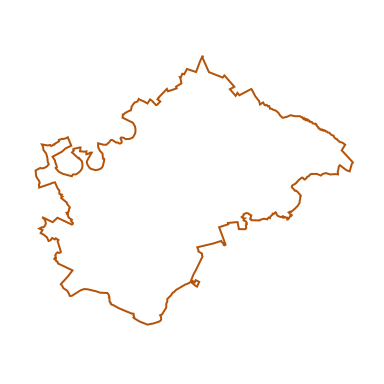 Satulung, Maramures, Romania (Natural Earth projection), rotated 5°
{"feature_id": "2599482B12544437302326", "entity_name": "Satulung", "entity_type": "district", "adm_level": 2, "iso_a3": "ROU", "parent_name": "Romania", "parent_adm1": "Maramures", "projection": "natural_earth1", "projection_center": [23.421, 47.561], "detail": "fine", "context": "isolated", "style": "outline", "palette": "amber", "viewbox_px": 384, "rotation_deg": 5, "n_neighbors": 0, "source": "geoboundaries", "source_scale": "gbopen_adm2", "svg_char_len": 5950}
<svg xmlns="http://www.w3.org/2000/svg" viewBox="0 0 384 384"><g transform="rotate(5 192 192)"><path d="M290.2,210.8L290.2,209.9L290.9,209.6L291.9,207.5L292.6,207.5L293.4,206.3L292.0,205.6L290.1,203.9L291.7,202.9L292.5,203.2L296.1,199.5L298.5,196.6L300.2,193.2L300.0,191.9L300.4,189.3L300.2,187.5L300.7,186.7L300.7,186.1L296.5,182.1L295.0,181.5L294.6,181.8L291.0,178.5L291.0,177.5L291.6,176.5L294.0,174.9L295.6,173.3L295.5,173.2L297.5,170.5L300.4,168.0L301.2,168.2L302.7,169.7L303.2,169.8L305.1,167.8L305.3,167.0L307.0,165.9L308.5,164.0L310.2,163.5L314.9,163.1L318.9,164.4L320.7,162.6L323.8,161.5L328.2,162.5L333.2,161.7L336.0,161.7L335.4,158.9L335.9,156.5L336.0,153.9L337.0,152.4L343.4,156.5L345.7,157.4L347.3,157.7L348.7,150.3L349.7,148.5L337.5,137.4L340.5,131.5L337.4,129.7L334.3,129.1L333.9,128.4L332.3,127.5L332.0,126.8L330.4,126.4L328.5,124.7L328.2,123.6L325.7,122.9L323.5,120.9L322.0,120.9L321.2,120.1L320.0,120.0L319.7,119.4L318.5,119.4L318.1,118.8L317.7,118.8L317.3,119.4L316.6,119.2L316.4,118.7L315.0,118.8L315.1,118.4L314.4,118.5L313.5,117.6L312.7,117.7L312.0,116.3L311.4,116.1L310.0,114.4L310.1,113.8L309.1,113.2L308.4,113.4L306.2,113.1L305.2,111.8L302.9,111.8L302.8,111.6L303.2,111.2L302.5,110.8L301.1,110.5L300.7,110.8L299.9,110.4L300.6,109.7L299.3,109.4L298.7,110.2L298.1,109.3L298.0,109.8L297.3,109.9L296.0,109.0L296.0,108.3L295.5,107.9L294.6,108.0L293.0,107.1L287.9,107.5L283.5,106.9L279.8,108.9L275.9,110.2L273.2,108.2L271.3,105.7L268.6,103.7L265.4,102.9L264.4,102.2L262.3,102.1L262.3,101.3L261.5,100.4L261.4,99.7L260.0,100.0L259.3,99.0L258.3,98.8L257.4,99.3L256.8,99.1L255.0,96.6L252.1,98.9L251.0,95.7L246.6,91.0L243.3,85.7L242.1,84.2L230.7,91.5L228.6,89.3L227.1,92.4L220.8,86.3L225.0,83.5L214.1,73.0L212.6,75.3L198.4,71.1L190.7,57.2L191.0,56.1L190.5,56.0L188.7,60.9L185.6,72.1L176.2,69.9L174.0,75.4L172.1,75.0L170.9,78.6L169.9,78.6L170.8,80.4L172.0,84.7L166.9,88.5L167.7,90.1L159.3,93.8L158.0,91.5L150.5,100.8L150.7,101.0L149.5,102.6L152.5,104.6L149.4,108.4L148.4,108.4L144.4,104.8L142.2,103.4L139.9,107.7L136.5,106.1L131.6,104.5L130.9,104.0L129.8,106.6L126.9,108.0L125.6,110.0L124.2,112.7L124.5,113.3L123.9,116.1L122.7,116.4L118.5,119.1L117.0,120.9L116.3,120.9L116.5,123.4L116.3,124.0L126.9,128.1L127.6,128.9L129.5,131.7L130.2,134.2L130.4,137.2L130.2,138.8L128.6,142.4L127.3,143.5L125.0,144.6L121.4,145.1L118.9,143.9L117.2,143.8L116.4,144.1L116.1,144.9L117.4,147.1L117.6,148.6L117.5,149.1L116.2,150.0L115.2,150.0L113.6,149.1L112.3,149.4L108.1,147.2L106.7,147.2L104.9,150.0L102.5,152.4L99.6,152.6L94.3,151.7L94.6,152.8L94.3,153.2L94.4,154.3L94.9,156.1L96.8,159.1L99.5,161.5L100.4,166.5L101.5,166.5L101.7,167.1L101.7,168.7L100.9,173.8L100.3,175.3L99.0,176.7L96.5,178.0L93.8,178.6L89.5,177.8L87.6,176.7L85.3,173.6L84.6,171.6L84.7,170.4L85.4,168.5L88.7,161.5L87.6,161.5L84.9,163.2L83.5,163.6L83.3,160.7L82.2,161.2L76.9,161.2L77.1,157.4L76.0,157.5L70.2,159.4L70.0,160.3L70.6,161.1L69.0,163.0L75.9,168.3L76.3,167.9L79.6,171.0L80.5,174.1L80.6,176.8L80.1,178.8L78.6,181.3L76.2,183.6L74.9,184.5L71.7,185.0L70.9,186.8L61.5,185.1L57.4,183.3L54.3,180.3L54.1,179.9L55.2,179.2L54.8,177.6L53.2,174.3L52.7,172.5L50.0,169.0L58.9,163.2L62.2,159.6L67.7,156.4L63.5,148.3L61.9,149.4L59.5,150.3L57.6,150.5L54.8,151.7L55.2,153.0L50.2,156.6L50.5,156.9L47.7,158.5L46.7,157.5L44.2,158.2L38.3,157.7L39.8,160.3L40.3,163.0L43.1,166.1L43.7,167.2L45.0,170.9L45.6,174.3L46.9,176.9L45.3,179.1L43.1,180.7L40.9,181.5L39.5,181.5L38.8,181.2L34.3,184.2L35.4,189.8L36.3,191.4L38.8,194.4L39.5,196.2L38.8,197.8L39.4,200.9L50.9,195.9L51.7,195.2L54.6,194.3L58.2,200.7L59.7,201.9L60.0,205.3L62.6,206.0L61.9,207.1L63.3,207.9L62.6,208.3L62.2,209.4L68.2,213.4L68.5,214.6L71.6,217.9L71.6,218.5L71.1,219.1L70.9,221.7L70.1,222.9L69.2,223.5L70.1,223.9L69.4,224.7L70.4,225.2L70.3,226.4L71.2,227.5L71.4,228.3L74.8,230.1L73.9,231.3L76.1,233.2L75.9,234.4L75.1,234.9L60.2,229.4L55.8,234.2L45.8,230.4L45.7,230.8L47.2,231.8L48.3,233.5L49.2,236.3L48.4,238.5L47.1,240.1L45.5,240.2L43.1,241.7L46.4,242.9L44.8,246.1L48.1,247.5L51.4,249.8L53.4,253.3L55.2,252.5L56.7,250.0L59.5,251.2L60.3,250.0L63.2,251.5L62.4,252.7L66.5,262.8L66.4,263.7L64.5,264.3L63.4,263.8L62.2,265.0L61.4,266.5L61.3,267.0L61.8,267.6L61.8,268.4L61.3,269.3L62.1,269.2L62.3,269.6L61.9,270.5L61.1,271.0L62.6,271.9L62.8,272.7L64.1,273.2L64.7,274.9L79.8,280.5L75.7,287.0L69.3,295.3L70.8,296.5L72.1,298.9L76.3,301.2L78.7,304.7L79.2,306.1L79.9,306.2L81.5,305.8L89.8,299.5L93.0,298.1L96.5,298.0L105.8,299.4L109.1,300.3L116.5,300.0L117.8,301.5L118.7,303.2L118.4,304.3L119.0,304.7L119.4,308.2L120.8,309.6L120.6,310.1L121.3,311.0L123.6,311.6L128.6,313.9L134.0,315.7L142.7,318.4L144.0,318.2L144.5,318.5L144.7,319.6L144.5,320.2L145.4,321.6L144.7,322.2L145.7,323.0L151.1,325.6L159.2,328.0L165.4,326.2L170.2,324.1L171.7,323.1L172.3,322.1L172.4,321.1L172.0,319.1L171.0,317.5L172.7,316.7L176.4,309.5L176.1,305.5L176.9,303.4L176.8,300.6L180.1,296.8L181.3,294.4L181.9,293.8L182.4,293.7L184.7,290.9L193.2,284.9L197.3,282.8L198.5,281.5L204.0,285.3L205.3,285.8L207.0,280.9L203.3,279.5L202.6,281.7L198.9,279.8L200.9,273.3L202.2,270.7L208.1,255.3L207.6,254.5L207.3,252.5L203.5,250.6L203.5,249.5L202.1,246.6L217.8,241.4L225.4,238.2L226.0,239.2L227.7,240.5L228.2,242.0L228.9,242.3L229.6,242.1L230.0,241.5L222.1,224.7L230.9,221.0L230.5,219.7L240.0,218.0L242.0,224.9L248.4,224.4L249.2,223.1L248.6,220.5L249.4,219.3L248.8,218.9L249.3,218.0L248.3,216.6L245.8,215.7L245.8,214.7L246.9,213.7L245.0,213.5L243.7,212.6L245.2,211.2L245.5,210.4L245.3,210.0L245.8,209.3L248.3,208.2L250.3,208.5L250.7,209.1L253.1,210.1L252.3,213.8L253.2,214.0L253.5,214.9L261.5,214.5L261.8,214.4L261.8,214.0L266.1,212.3L269.3,212.7L270.5,210.8L271.9,211.3L272.3,209.5L273.8,208.0L274.2,206.6L275.3,206.9L276.1,205.7L277.1,204.9L277.9,205.8L278.3,207.2L279.9,208.5L282.6,209.2L284.3,208.8L284.3,208.4L284.8,208.2L285.3,209.0L285.2,209.6L285.9,209.6L286.5,208.8L287.8,209.1L288.3,209.6L289.1,209.4L289.4,211.1L290.2,210.8Z" fill="none" stroke="#b45309" stroke-width="2"/></g></svg>